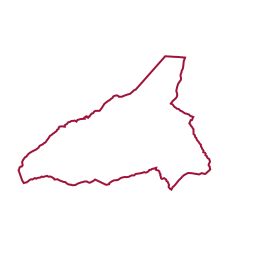 Cidelândia, Maranhão, Brazil (Albers equal-area conic projection), rotated 288°
{"feature_id": "56859067B11209139502927", "entity_name": "Cidelândia", "entity_type": "district", "adm_level": 2, "iso_a3": "BRA", "parent_name": "Brazil", "parent_adm1": "Maranhão", "projection": "albers", "projection_center": [-47.853, -5.056], "detail": "fine", "context": "isolated", "style": "outline", "palette": "rose", "viewbox_px": 256, "rotation_deg": 288, "n_neighbors": 0, "source": "geoboundaries", "source_scale": "gbopen_adm2", "svg_char_len": 3454}
<svg xmlns="http://www.w3.org/2000/svg" viewBox="0 0 256 256"><g transform="rotate(288 128 128)"><path d="M43.4,45.9L44.2,46.9L44.8,48.2L46.6,49.6L48.2,50.5L49.3,51.7L49.5,53.0L50.5,53.9L51.6,54.9L51.4,56.3L52.6,57.5L53.8,59.9L55.1,60.9L55.1,62.0L55.5,62.8L56.2,63.9L57.5,65.9L57.1,67.3L57.9,69.3L57.7,70.7L57.4,72.0L57.2,73.1L56.3,73.8L56.6,74.8L57.1,76.0L57.5,76.8L57.0,79.0L57.0,80.3L56.8,83.5L57.2,85.2L56.5,86.5L56.1,87.8L56.0,89.9L56.5,91.3L56.4,92.3L56.5,93.3L57.1,94.6L57.8,95.9L59.5,97.3L61.9,100.4L62.5,101.6L63.4,102.7L64.4,105.0L64.0,107.5L64.1,108.5L64.8,109.3L65.6,109.9L66.2,110.8L67.6,111.9L68.8,112.6L67.2,124.8L68.7,127.4L69.6,127.2L71.9,128.8L73.7,130.6L75.4,134.4L78.0,136.4L79.2,137.9L80.6,140.5L80.7,141.6L81.8,143.8L83.8,145.8L84.3,146.8L84.7,148.3L86.7,149.6L89.0,154.2L90.1,155.9L91.0,157.0L91.0,158.6L91.8,159.7L93.3,160.9L94.7,161.3L95.5,162.9L96.4,163.4L98.1,166.1L98.8,167.1L97.0,167.2L96.8,168.6L97.0,170.0L96.3,171.3L94.9,172.0L94.0,173.3L92.9,173.3L91.9,174.2L90.4,175.0L90.0,176.1L91.5,177.8L90.7,180.3L89.5,180.9L89.1,182.4L87.5,183.7L86.5,184.7L85.1,184.6L84.1,185.2L83.7,186.1L83.1,186.9L82.8,188.3L85.7,188.8L86.4,189.4L88.5,190.4L93.3,192.2L94.7,192.8L95.8,193.5L99.6,195.2L101.3,196.6L103.1,198.3L103.8,199.2L104.4,201.3L104.9,203.7L105.2,206.0L105.6,208.2L105.7,209.8L106.6,210.8L107.9,212.1L107.9,213.7L108.1,215.5L109.1,216.3L110.0,216.8L111.1,217.4L112.6,218.3L114.1,219.0L115.5,218.0L116.5,217.7L117.4,216.2L119.0,216.0L120.1,216.3L121.4,216.4L122.3,215.7L123.6,214.8L123.9,213.4L124.4,212.5L125.6,211.6L126.0,210.1L127.6,209.7L128.2,208.9L128.2,207.1L129.8,206.8L131.0,205.1L132.1,204.2L133.0,203.1L134.7,202.4L135.3,200.9L136.2,200.0L137.1,198.7L137.6,197.8L138.4,196.8L139.6,196.1L140.1,194.8L141.9,193.7L142.5,192.2L144.6,191.5L146.2,190.9L147.1,190.7L147.8,189.5L148.6,188.8L149.7,186.9L150.6,186.3L151.3,184.9L154.8,185.2L155.2,186.3L156.2,186.5L157.7,186.4L158.6,186.7L158.8,185.0L158.7,183.5L159.6,182.1L159.7,179.7L159.5,177.6L160.5,174.3L160.6,172.5L161.7,170.4L161.5,168.4L162.2,166.8L162.4,165.6L164.2,163.1L164.4,161.2L167.3,162.1L171.1,164.3L172.8,164.8L174.8,164.6L176.0,164.0L178.1,162.5L181.3,162.1L185.0,162.0L188.0,162.7L189.5,163.3L191.1,163.3L194.2,161.7L195.2,161.5L197.4,161.7L198.9,161.4L201.2,161.8L202.5,161.7L206.0,161.0L208.5,160.4L212.6,160.5L210.7,152.4L209.9,149.7L208.9,145.7L207.7,141.2L167.0,123.5L165.9,122.2L164.9,121.6L162.9,120.5L161.1,119.4L159.4,116.8L157.5,114.4L155.8,112.4L154.9,109.8L155.4,109.0L155.6,107.4L154.5,105.3L153.4,104.2L151.7,103.9L151.1,103.3L150.1,102.6L148.7,101.9L147.9,100.9L145.1,99.0L143.7,98.1L140.3,97.2L138.6,96.8L137.3,96.3L136.2,96.0L135.4,95.4L135.2,94.4L134.6,92.9L134.2,91.7L132.9,90.6L131.4,90.4L130.6,89.1L129.5,88.6L128.3,88.1L126.8,87.8L126.3,86.0L125.4,86.5L125.4,85.6L126.1,84.5L125.0,83.8L124.1,83.2L123.4,83.9L121.8,80.0L121.1,79.2L120.6,78.1L119.6,77.2L118.2,77.0L118.6,75.0L118.0,74.1L117.6,72.9L117.0,71.8L115.9,71.0L115.0,69.4L113.1,68.7L111.0,67.0L109.7,67.5L109.4,65.7L109.0,64.3L108.3,62.7L107.4,62.0L105.6,62.2L104.4,61.1L103.0,61.0L100.7,59.4L99.8,58.7L98.4,57.8L97.3,57.1L96.4,56.2L93.2,55.4L91.4,54.7L89.5,54.2L88.5,53.7L87.7,52.8L86.3,52.1L83.7,49.4L81.6,49.0L79.3,47.4L76.4,44.4L74.6,42.8L72.9,41.5L70.9,40.6L69.5,40.3L68.4,39.1L67.0,38.7L66.1,38.3L63.2,37.8L61.8,38.3L61.0,38.9L59.8,39.3L58.5,38.8L58.1,37.8L57.0,37.1L55.0,37.2L54.0,37.0L45.5,43.5L43.4,45.9Z" fill="none" stroke="#9f1239" stroke-width="2"/></g></svg>